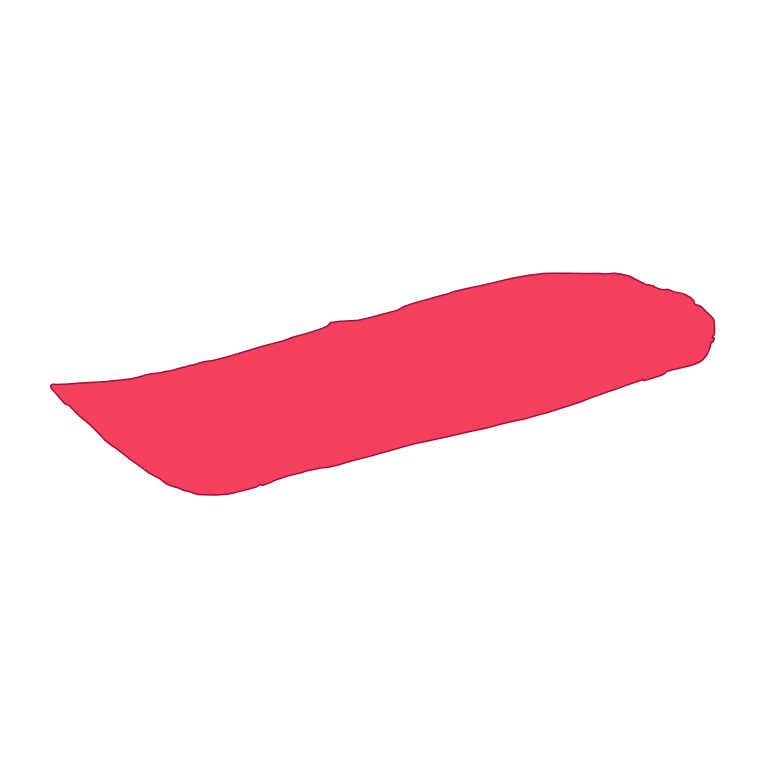 Zamalik, Al Jizah, Egypt (Robinson projection), rotated 267°
{"feature_id": "37247803B72756565577460", "entity_name": "Zamalik", "entity_type": "district", "adm_level": 2, "iso_a3": "EGY", "parent_name": "Egypt", "parent_adm1": "Al Jizah", "projection": "robinson", "projection_center": [31.224, 30.056], "detail": "fine", "context": "isolated", "style": "filled", "palette": "rose", "viewbox_px": 768, "rotation_deg": 267, "n_neighbors": 0, "source": "geoboundaries", "source_scale": "gbopen_adm2", "svg_char_len": 3275}
<svg xmlns="http://www.w3.org/2000/svg" viewBox="0 0 768 768"><g transform="rotate(267 384 384)"><path d="M410.2,715.6L411.9,716.2L413.0,715.7L413.1,715.4L413.3,714.5L414.9,715.0L415.6,716.0L416.3,716.5L419.8,717.0L428.2,717.0L430.9,716.7L432.1,716.1L435.1,713.7L439.9,709.0L443.8,705.8L445.0,704.2L446.1,702.5L447.0,699.1L448.4,698.3L449.7,698.0L451.3,697.6L454.2,694.7L457.1,690.3L458.9,686.5L459.3,684.5L459.7,682.4L461.0,678.1L462.3,675.6L462.4,675.4L463.6,672.5L463.6,668.5L463.8,666.9L464.1,665.3L465.3,662.2L466.9,658.8L467.1,658.5L467.7,658.5L469.4,652.8L469.2,652.5L468.9,652.1L470.5,649.2L473.6,643.7L478.9,634.9L481.3,626.7L482.6,619.8L482.3,611.4L482.5,609.5L482.8,607.6L483.3,602.8L483.5,598.2L483.5,596.3L483.6,594.4L484.2,585.1L484.9,575.1L485.7,559.8L486.1,549.3L485.5,542.0L485.0,533.6L484.0,526.0L483.1,518.9L482.8,516.7L482.4,514.6L481.4,509.0L479.3,498.2L476.9,483.8L475.0,471.6L472.4,457.2L471.6,455.1L470.8,453.1L469.3,445.3L467.4,437.0L465.2,427.2L463.1,417.6L460.3,407.9L456.9,401.2L453.7,385.7L451.0,373.2L448.9,360.9L448.9,343.0L448.9,342.7L448.5,338.6L448.4,337.4L448.3,335.6L448.2,334.0L444.6,330.2L441.9,322.3L438.1,307.8L435.9,296.8L432.3,285.4L428.2,265.1L423.5,246.1L419.3,228.6L416.5,214.8L416.2,212.8L416.1,211.5L416.1,210.7L416.1,210.3L416.0,208.3L415.8,207.1L415.7,205.8L414.6,200.3L414.0,198.1L413.3,196.0L413.0,193.9L412.8,192.3L412.8,191.8L412.7,191.0L412.6,190.1L412.2,189.0L412.0,188.5L411.7,187.3L411.4,185.9L411.3,185.0L411.2,183.9L409.9,178.4L408.4,171.9L407.9,165.7L407.4,163.5L406.9,161.3L406.4,151.9L405.6,147.0L403.7,138.8L402.4,131.4L401.8,123.0L401.5,115.9L401.1,108.7L401.0,107.2L400.9,105.6L400.9,98.8L400.9,89.5L400.9,80.3L400.5,68.6L400.5,66.2L400.6,63.7L400.6,62.9L400.6,61.8L400.6,57.6L400.7,57.1L400.8,56.6L401.0,54.5L401.1,53.0L400.8,52.1L400.4,51.6L399.7,51.1L398.6,51.0L397.7,51.3L397.1,51.5L380.7,64.4L380.2,66.2L380.0,66.6L378.7,68.5L367.4,78.7L360.9,85.9L357.0,89.9L351.9,94.4L346.3,99.4L342.2,102.5L335.7,110.2L335.3,111.0L334.9,111.7L327.0,121.0L322.4,126.0L317.7,132.1L311.0,140.5L307.5,144.4L304.8,149.0L300.9,155.4L299.5,156.9L298.1,158.4L295.5,161.8L294.8,163.0L294.1,164.2L292.6,168.3L291.0,173.0L287.6,179.7L287.5,180.8L287.5,181.9L285.7,186.5L285.1,187.8L284.2,190.0L283.2,193.3L282.7,199.5L282.3,205.1L281.9,211.4L282.0,213.8L282.0,216.2L282.0,221.5L283.2,228.6L284.6,235.6L285.6,241.4L286.2,243.6L286.7,245.8L287.9,251.3L290.1,255.1L289.6,256.1L289.1,257.9L291.1,264.1L294.0,271.4L295.5,277.0L297.1,283.0L298.6,289.8L299.5,295.6L301.3,302.7L302.5,310.2L303.5,317.2L303.8,324.5L305.5,333.9L307.5,341.9L309.4,350.2L311.1,358.6L312.8,367.3L315.1,377.0L316.4,383.4L318.3,391.7L320.1,399.0L321.9,407.5L323.2,413.5L324.8,425.1L328.2,445.5L328.5,447.0L331.7,465.2L334.7,484.3L338.1,500.0L340.8,515.6L341.4,521.1L345.1,536.6L347.2,546.9L349.8,556.6L352.9,568.7L355.8,579.3L359.1,588.9L361.7,597.8L364.6,607.2L366.1,613.2L370.7,628.2L374.5,642.0L374.9,643.3L374.4,643.4L373.7,643.6L377.2,657.9L378.6,662.8L379.2,663.7L380.0,665.1L380.2,665.3L381.7,667.1L383.5,674.8L383.7,676.3L383.9,677.9L386.7,692.7L389.1,699.9L391.6,703.8L395.1,707.1L395.3,707.3L395.4,707.5L400.9,710.4L402.8,711.2L404.7,712.0L408.6,712.9L408.5,714.0L408.5,714.3L410.2,715.6Z" fill="#f43f5e" stroke="#9f1239" stroke-width="1.5"/></g></svg>